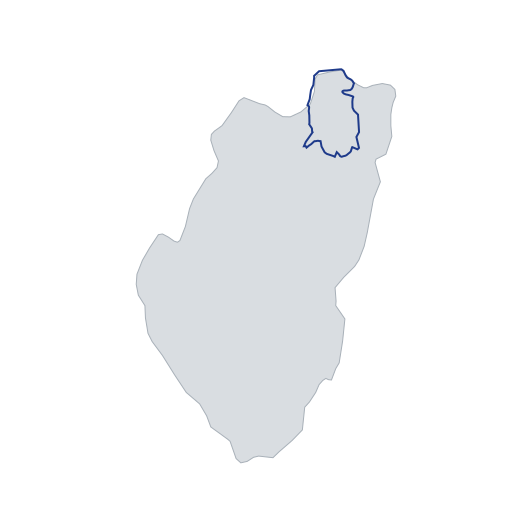 location of Tashigang within Bhutan, rotated 286°
{"feature_id": "BTN-2493", "entity_name": "Tashigang", "entity_type": "District", "adm_level": 1, "iso_a3": "BTN", "parent_name": "Bhutan", "parent_adm1": "", "projection": "albers", "projection_center": [91.704, 27.241], "detail": "fine", "context": "in_parent", "style": "outline", "palette": "blue", "viewbox_px": 512, "rotation_deg": 286, "n_neighbors": 0, "source": "natural_earth", "source_scale": "10m", "svg_char_len": 2591}
<svg xmlns="http://www.w3.org/2000/svg" viewBox="0 0 512 512"><g transform="rotate(286 256 256)"><path d="M403.7,223.1L403.0,226.2L399.6,234.4L397.3,243.3L399.2,250.6L406.8,259.4L417.1,266.3L430.2,266.8L442.2,264.1L447.1,265.2L453.6,276.9L458.3,286.9L452.0,297.4L448.6,306.5L447.4,313.0L448.1,315.8L452.1,321.0L456.6,329.9L457.3,338.1L454.4,343.6L448.2,346.3L441.5,345.5L436.0,345.7L429.2,346.6L418.4,349.7L408.4,353.6L389.7,352.8L382.2,344.7L378.7,344.7L361.6,355.1L343.1,353.2L309.2,356.5L295.1,357.3L280.6,356.0L273.2,353.7L259.7,346.2L247.4,340.7L234.7,345.4L230.3,346.3L220.0,358.8L198.1,362.7L176.2,365.4L169.8,363.7L157.6,362.7L157.1,359.7L157.6,356.9L154.8,354.5L149.8,352.1L141.3,351.0L130.4,347.6L124.1,344.5L101.6,348.5L88.7,341.6L74.1,332.1L66.8,327.9L64.4,313.7L61.8,309.1L56.1,304.1L53.0,298.4L55.8,292.7L70.7,282.2L71.9,279.7L79.2,259.7L88.8,252.6L98.3,242.6L105.6,226.6L119.5,210.3L134.6,193.5L145.1,179.8L151.9,173.5L166.0,166.8L177.7,162.9L185.9,153.7L195.7,148.7L205.7,146.6L220.5,148.0L234.4,151.5L249.6,156.3L251.4,160.0L250.0,166.6L247.7,173.2L247.6,176.7L249.9,178.6L264.9,180.0L283.3,179.1L293.6,180.1L316.5,186.5L323.2,190.8L330.2,194.2L337.0,193.7L345.7,186.6L354.9,180.6L360.6,179.6L364.6,181.6L371.9,187.4L387.0,192.8L400.5,196.9L404.9,200.8L403.4,217.5L403.7,223.1Z" fill="#d9dde1" stroke="#a8b0b8" stroke-width="1"/><path d="M415.2,263.9L421.5,264.4L426.0,263.7L430.8,263.1L436.2,264.0L443.7,262.7L445.2,262.2L451.0,265.7L458.5,285.1L459.0,286.7L458.1,289.1L454.4,292.3L452.7,294.3L452.3,295.6L451.9,298.2L451.5,299.3L450.9,300.4L449.3,302.1L449.0,302.6L448.9,302.6L448.6,302.5L445.2,302.4L444.1,302.2L443.0,301.9L442.1,301.3L441.5,300.8L441.2,300.2L441.0,299.6L440.3,298.2L440.0,297.5L439.4,295.3L439.1,294.6L438.7,294.1L438.1,293.7L437.5,293.8L437.0,294.4L436.3,295.9L436.1,298.0L436.3,300.5L436.1,304.9L436.0,305.4L435.7,305.7L434.0,305.5L430.8,306.1L425.2,307.9L422.7,310.1L420.0,315.1L403.5,320.9L398.1,319.7L388.3,325.2L386.5,324.2L387.2,318.5L387.1,318.4L382.7,318.3L381.1,317.5L380.5,317.0L378.0,315.3L377.6,314.9L377.1,314.4L375.9,312.3L375.0,311.0L375.0,310.4L375.2,309.4L376.5,307.9L378.1,305.0L373.1,304.4L373.4,302.7L373.7,295.8L374.6,293.4L379.3,288.8L384.2,286.4L383.9,284.7L383.9,284.2L383.8,283.7L383.5,283.0L382.8,281.7L382.7,281.2L382.5,280.6L381.9,280.1L378.7,278.2L376.9,276.6L374.1,274.7L375.3,273.5L374.7,271.8L379.4,272.4L390.6,276.3L391.0,275.7L394.0,274.6L394.5,274.1L397.3,270.8L398.6,270.7L405.8,268.5L409.9,266.7L413.2,266.2L414.2,265.8L414.8,265.0L415.1,264.2L415.2,263.9Z" fill="none" stroke="#1e3a8a" stroke-width="2"/></g></svg>